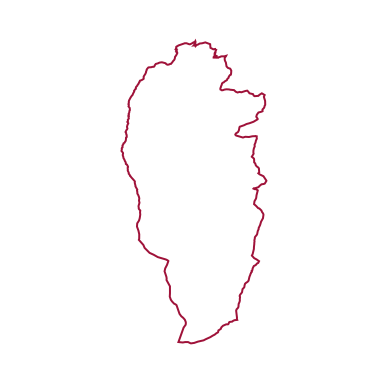 outline of Bautar, Caras-Severin, Romania, rotated 26°
{"feature_id": "2599482B84127297992205", "entity_name": "Bautar", "entity_type": "district", "adm_level": 2, "iso_a3": "ROU", "parent_name": "Romania", "parent_adm1": "Caras-Severin", "projection": "orthographic", "projection_center": [22.618, 45.485], "detail": "fine", "context": "isolated", "style": "outline", "palette": "rose", "viewbox_px": 384, "rotation_deg": 26, "n_neighbors": 0, "source": "geoboundaries", "source_scale": "gbopen_adm2", "svg_char_len": 5907}
<svg xmlns="http://www.w3.org/2000/svg" viewBox="0 0 384 384"><g transform="rotate(26 192 192)"><path d="M253.9,149.2L249.3,146.5L244.9,146.5L243.4,146.1L243.8,144.9L241.8,141.5L241.0,141.0L238.9,140.6L237.6,140.0L236.3,138.6L234.9,138.1L233.6,135.6L233.0,134.8L230.3,134.1L230.6,130.6L229.9,129.7L229.1,128.0L228.5,125.7L228.4,123.5L227.5,122.1L227.4,119.6L226.9,117.8L226.9,115.7L226.0,114.3L225.8,113.6L224.4,113.9L223.8,114.4L221.9,115.4L219.1,117.6L215.7,119.0L213.9,120.7L207.0,121.9L206.3,121.8L205.7,121.3L205.8,120.1L207.0,118.1L207.1,117.2L207.1,116.0L206.3,113.1L206.3,112.4L209.5,109.2L211.2,107.0L213.5,105.0L216.5,101.9L219.1,97.9L218.8,97.3L216.8,96.2L216.4,94.1L216.9,91.4L218.9,89.7L220.0,88.5L219.2,86.9L219.8,85.0L219.8,83.8L219.5,82.8L219.6,81.6L217.8,78.1L214.9,75.0L214.8,73.0L211.5,72.7L210.0,75.1L209.5,76.5L206.3,78.4L205.2,78.3L203.9,77.3L200.4,78.1L198.5,77.1L197.2,76.7L195.6,77.9L192.7,80.7L190.9,81.2L189.3,82.6L187.4,82.7L185.1,82.0L181.3,83.4L180.5,83.5L177.9,84.6L176.2,85.8L175.4,86.7L174.3,87.5L172.6,87.4L172.0,86.3L172.0,85.2L171.8,84.6L171.7,82.5L171.4,81.3L171.7,80.4L172.5,79.5L172.9,78.3L174.3,76.2L174.2,74.9L174.8,73.3L174.5,72.2L174.6,71.7L174.8,70.4L175.5,69.5L175.1,68.1L174.1,65.7L172.3,64.4L169.9,64.7L168.0,64.0L165.7,60.8L163.9,59.4L163.1,58.2L162.6,57.0L163.0,55.0L163.0,54.6L161.7,55.8L158.8,57.3L157.8,58.5L157.2,58.9L156.7,59.8L152.5,61.7L152.3,61.3L152.5,60.6L153.7,60.6L154.1,59.9L154.7,59.3L154.7,59.0L154.5,58.9L153.4,59.1L152.9,58.8L152.6,59.1L152.2,59.0L152.1,58.7L152.3,58.5L152.0,57.9L151.8,57.7L151.7,58.1L151.5,57.0L152.0,56.9L151.9,56.1L151.5,55.4L151.4,53.7L150.6,53.8L150.1,53.3L148.6,54.4L145.4,54.3L143.5,51.2L138.4,51.7L135.9,53.9L133.8,55.2L132.7,56.9L131.6,58.0L131.2,59.5L130.5,59.1L130.1,58.1L129.7,59.2L129.4,59.4L129.6,58.8L129.4,58.5L129.4,57.7L129.8,57.6L129.9,57.0L129.2,55.3L128.9,55.0L128.9,55.6L127.5,57.2L127.2,57.9L125.6,60.0L124.8,60.4L121.9,60.7L120.4,61.4L115.5,66.3L115.0,67.3L114.4,67.9L114.2,68.7L115.1,69.9L114.8,70.2L115.1,70.5L115.3,70.3L115.2,70.6L115.7,70.9L115.6,71.0L116.0,71.0L115.9,71.4L115.6,71.2L115.7,71.6L115.8,71.6L116.0,72.0L116.5,72.2L116.3,72.6L116.7,72.7L116.8,72.8L116.8,73.1L117.7,73.3L118.0,74.1L117.8,75.0L117.9,76.2L117.5,77.8L118.1,79.9L118.1,81.1L117.6,82.7L117.4,84.2L116.9,86.1L116.5,86.2L115.2,87.7L114.0,88.4L112.7,88.3L111.9,87.9L111.0,88.0L108.1,88.6L106.4,89.7L105.4,90.7L105.2,91.1L103.3,92.8L103.0,94.4L103.1,95.3L102.8,96.2L101.5,96.9L100.7,97.7L98.4,99.0L98.1,99.4L97.7,101.1L97.6,101.8L97.9,102.7L97.9,103.9L98.2,104.5L98.3,106.3L98.0,108.6L98.0,109.6L98.8,111.1L98.9,111.6L97.7,113.5L96.4,114.8L96.6,116.2L96.4,116.4L96.5,118.3L96.2,119.1L96.2,120.5L95.7,122.1L95.8,122.9L96.3,123.8L95.8,124.9L95.7,126.0L95.8,126.5L95.7,126.6L96.0,127.0L95.9,129.3L96.0,130.5L96.0,131.2L95.7,131.8L95.4,133.9L95.3,137.3L95.7,138.9L96.2,139.5L96.3,140.7L96.5,140.7L97.0,141.3L97.3,142.1L97.4,142.9L99.2,143.8L100.3,145.7L100.2,146.5L100.8,148.2L100.8,149.7L101.2,149.9L101.5,150.3L101.6,150.7L101.4,151.1L101.4,151.6L102.2,151.9L102.4,153.0L103.0,153.7L102.7,155.3L103.3,156.2L103.6,157.3L103.4,157.5L104.6,158.1L104.7,158.5L104.6,158.9L104.6,160.0L105.0,162.0L106.1,163.2L106.2,164.1L105.9,165.3L106.0,166.5L105.9,166.9L106.0,167.3L106.9,167.8L107.4,168.7L108.4,169.5L108.7,170.4L109.2,171.0L109.2,171.6L108.9,172.1L109.6,173.8L110.0,175.1L109.8,176.1L109.8,177.1L109.1,178.4L109.4,179.4L109.1,180.6L109.9,182.1L110.0,182.4L109.7,182.8L109.7,183.5L110.3,184.5L110.6,186.0L112.7,187.0L113.3,187.9L113.3,188.5L113.9,189.7L114.5,190.1L115.7,191.7L116.9,192.4L118.0,193.5L119.3,194.3L120.3,195.8L121.5,195.9L123.3,197.2L123.6,197.7L123.5,198.3L124.2,199.6L124.6,200.1L124.9,201.0L126.6,202.3L127.1,203.3L128.3,203.8L129.3,204.7L129.5,204.6L130.9,205.4L135.6,207.3L136.2,207.8L136.4,208.7L138.5,211.2L138.7,211.7L141.8,213.9L142.0,215.0L142.7,215.7L143.6,217.4L145.0,218.3L146.4,219.6L147.4,220.8L148.1,222.9L149.5,224.7L150.1,228.1L150.4,228.6L150.8,229.1L151.4,230.2L152.0,230.7L153.6,231.3L154.2,233.0L155.4,235.0L156.5,238.5L156.9,240.9L156.5,244.2L157.7,247.2L160.8,250.2L163.1,253.1L165.0,257.1L165.2,258.3L171.5,260.9L173.9,263.0L180.5,265.3L185.0,265.2L189.8,265.5L198.1,264.1L200.1,264.1L201.0,264.4L201.5,268.4L201.4,272.4L202.1,275.3L206.2,279.5L207.1,280.8L207.7,282.3L213.5,286.4L216.6,292.7L217.9,295.8L220.2,298.1L222.0,299.1L224.8,300.2L226.5,300.2L227.7,300.5L234.2,307.0L236.9,308.4L239.1,308.9L241.5,309.9L243.2,311.4L243.9,312.4L244.5,314.1L243.9,317.5L245.6,332.8L249.7,331.3L251.6,329.9L254.3,328.6L257.0,328.6L257.6,328.4L260.1,326.7L262.9,323.9L267.5,320.2L268.8,318.4L272.1,314.4L273.6,312.0L274.9,310.3L275.8,308.3L276.8,306.9L276.9,306.4L276.4,304.9L277.9,302.4L277.7,300.9L278.5,298.6L280.7,296.0L282.4,295.1L282.6,294.6L282.5,292.8L282.8,292.3L285.0,290.8L285.4,289.8L286.4,288.6L288.7,287.1L288.0,286.4L287.5,285.2L283.7,279.3L283.5,278.0L284.1,276.0L284.1,274.9L283.0,272.2L282.9,269.9L282.6,268.6L281.9,267.3L281.2,265.3L280.4,264.6L280.3,263.7L280.3,263.1L280.8,261.0L280.9,260.1L280.0,257.2L280.6,255.2L280.7,254.4L280.2,253.0L279.9,251.2L280.3,250.1L281.3,248.4L281.7,246.9L280.8,243.0L280.7,241.0L280.5,240.0L280.6,239.2L280.4,238.5L280.8,237.5L280.7,237.2L280.2,236.8L280.5,235.7L280.0,234.1L280.0,231.5L281.3,229.7L281.8,227.7L282.6,226.7L282.6,224.8L279.6,224.3L276.9,224.2L273.7,222.9L273.7,221.1L272.6,216.1L271.8,214.3L270.8,211.5L270.2,210.2L269.9,209.1L269.2,208.0L268.9,206.5L268.4,205.2L268.4,204.6L269.0,202.2L269.0,201.2L268.2,198.2L268.2,196.3L267.7,195.1L267.7,191.9L267.1,188.4L267.3,184.5L266.2,181.1L265.4,180.2L263.6,179.2L262.5,178.2L259.8,177.3L258.6,177.5L255.4,176.3L253.1,175.7L252.2,172.9L252.4,170.2L252.3,169.2L251.4,166.6L250.4,161.7L248.2,161.4L247.0,162.0L245.8,162.0L245.9,161.6L247.1,160.9L249.6,158.5L250.1,156.8L251.1,154.6L252.9,153.4L253.7,152.5L254.0,149.6L253.9,149.2Z" fill="none" stroke="#9f1239" stroke-width="2"/></g></svg>